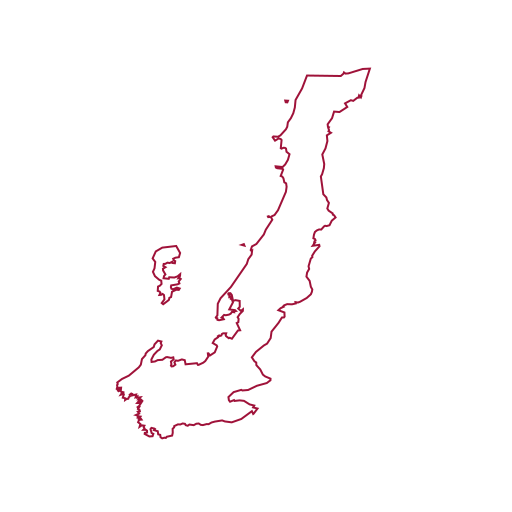 Tapanuli Tengah, Sumatera Utara, Indonesia (Equal Earth projection), rotated 65°
{"feature_id": "22746128B86210793324026", "entity_name": "Tapanuli Tengah", "entity_type": "district", "adm_level": 2, "iso_a3": "IDN", "parent_name": "Indonesia", "parent_adm1": "Sumatera Utara", "projection": "equal_earth", "projection_center": [98.833, 1.868], "detail": "fine", "context": "isolated", "style": "outline", "palette": "rose", "viewbox_px": 512, "rotation_deg": 65, "n_neighbors": 0, "source": "geoboundaries", "source_scale": "gbopen_adm2", "svg_char_len": 6154}
<svg xmlns="http://www.w3.org/2000/svg" viewBox="0 0 512 512"><g transform="rotate(65 256 256)"><path d="M114.0,133.5L123.6,143.4L131.3,154.2L137.9,158.1L142.4,161.9L145.8,166.1L148.3,170.6L152.1,173.1L153.8,175.3L157.0,182.9L157.2,185.7L155.0,189.7L155.4,190.7L159.5,190.0L159.0,185.7L160.6,184.1L161.7,183.8L168.8,188.0L169.5,187.5L169.5,185.4L170.2,184.1L171.3,183.4L174.4,184.3L177.9,182.6L182.3,186.4L185.4,190.9L186.6,194.3L183.0,200.3L184.2,200.6L185.4,199.7L188.3,195.0L189.2,194.9L193.9,199.8L195.2,198.6L197.2,198.3L201.2,199.2L202.9,198.0L206.2,199.0L210.5,201.8L223.8,216.7L226.7,221.9L226.7,225.2L227.4,226.0L230.0,225.9L236.3,236.0L239.8,239.8L245.3,250.6L245.6,255.6L248.4,258.3L249.5,258.0L249.4,257.2L252.9,259.4L255.6,264.3L259.3,267.7L273.5,291.9L279.3,306.0L283.1,310.8L293.5,316.1L294.7,318.4L295.7,318.3L296.1,317.4L297.6,317.9L298.6,316.6L299.7,311.9L298.1,312.1L297.2,313.1L295.9,309.8L296.9,308.5L297.7,305.3L297.6,303.3L296.5,301.4L297.7,299.6L296.7,299.4L297.3,297.5L296.2,297.9L293.1,302.8L288.3,296.5L285.5,296.2L284.1,297.0L283.1,295.4L282.1,295.5L281.9,297.5L280.0,296.5L279.3,297.3L278.5,297.1L278.2,296.3L278.9,294.9L281.1,294.4L287.0,295.8L287.3,293.3L289.8,289.8L295.2,292.2L296.1,294.3L299.4,292.9L298.8,290.4L300.2,291.1L301.7,295.2L303.7,298.5L305.6,298.3L308.5,300.0L308.6,301.8L316.6,301.8L315.9,303.9L320.8,312.8L319.0,314.4L319.0,315.4L316.0,317.0L314.8,316.9L313.5,315.7L312.2,318.4L312.3,319.9L313.4,321.0L313.2,322.7L312.4,323.0L312.6,324.5L313.6,324.7L314.2,328.7L316.6,332.0L320.4,329.4L321.6,329.4L325.9,334.1L326.7,339.7L324.1,340.2L323.9,340.8L327.0,341.8L329.8,346.4L330.4,348.9L330.4,354.1L330.1,354.7L328.2,354.8L324.4,365.6L320.3,364.6L318.4,366.9L318.0,371.0L316.8,372.8L317.9,374.9L320.4,375.0L320.9,377.7L320.4,379.2L319.3,379.4L318.4,378.4L315.7,377.7L314.9,374.3L312.9,373.8L312.4,376.1L310.0,379.3L309.7,380.6L310.5,384.7L308.8,389.1L308.9,392.1L307.9,395.4L305.6,394.6L302.3,390.3L300.4,385.5L300.0,382.7L297.1,379.1L294.7,379.2L293.5,377.9L291.3,380.6L293.2,385.3L295.3,387.2L296.5,394.2L297.8,397.2L299.2,398.2L301.2,402.9L305.8,406.3L307.4,409.3L310.7,421.8L310.8,429.4L312.0,435.2L313.6,435.4L314.3,436.5L315.9,436.9L317.6,438.4L318.3,437.9L317.6,435.7L318.3,433.9L319.8,434.8L318.9,436.6L319.7,438.0L320.5,437.6L320.4,435.5L322.0,435.6L323.5,433.7L324.2,434.1L323.7,435.8L324.6,437.2L324.8,435.5L325.7,434.4L328.1,436.6L329.7,434.6L331.2,435.5L330.9,433.8L331.4,432.1L330.3,431.1L329.8,429.4L328.4,429.2L327.9,427.2L328.8,426.4L330.0,427.3L330.9,423.1L333.1,424.8L333.1,422.8L334.2,423.6L335.2,420.5L336.3,423.2L337.5,420.9L338.3,420.6L337.9,423.3L339.0,425.8L339.7,424.4L339.4,422.3L339.9,421.1L342.5,425.3L343.1,428.0L343.7,425.9L344.9,427.6L346.4,426.6L347.7,426.9L347.2,428.9L349.4,428.5L349.4,432.0L350.6,430.6L352.1,431.4L352.0,429.7L352.7,428.6L353.8,430.7L354.7,429.1L355.9,428.9L355.1,431.2L356.8,433.1L359.4,431.8L361.6,433.7L361.2,431.0L362.6,428.9L363.4,430.1L365.2,429.9L365.9,431.6L367.0,429.3L368.2,428.6L369.9,429.3L369.3,431.5L370.2,432.1L374.5,428.9L375.6,425.9L373.8,424.2L372.4,425.4L368.3,424.8L367.6,423.4L369.5,421.0L370.0,420.7L370.7,422.0L373.3,419.1L376.3,420.0L377.6,418.4L379.9,419.1L381.6,418.1L382.0,415.7L382.8,414.6L382.1,413.3L383.3,407.9L381.1,406.2L377.4,404.6L376.7,402.6L375.6,402.0L375.6,397.9L376.7,395.8L376.8,393.2L378.1,391.3L379.6,391.2L381.0,389.6L380.6,387.6L383.0,383.9L382.8,381.0L383.6,378.7L385.7,377.4L386.8,375.6L387.5,371.7L388.4,370.0L388.1,366.7L388.7,363.2L390.7,356.2L392.8,354.1L396.5,348.3L397.5,338.2L394.9,325.3L398.0,325.3L397.9,324.8L394.9,319.1L392.0,322.6L390.8,320.8L387.8,324.5L382.2,328.1L379.9,331.9L378.3,336.7L377.3,336.8L377.1,341.1L375.2,341.5L372.2,340.6L369.9,333.8L371.1,325.9L372.1,325.2L374.1,319.8L374.0,310.0L375.7,299.9L374.7,295.4L373.3,294.7L369.0,298.6L366.4,299.9L360.6,300.1L355.1,301.8L352.6,300.8L350.8,301.9L346.1,302.6L342.9,296.6L340.4,286.6L340.1,283.0L336.6,277.4L331.1,273.9L326.1,263.8L322.7,258.5L323.5,256.6L323.0,255.7L319.2,254.1L314.6,258.6L313.7,255.7L313.7,252.8L313.3,253.1L312.6,251.4L312.8,248.1L315.0,243.8L315.8,240.0L314.5,239.7L315.9,237.7L316.1,235.5L315.5,227.8L313.9,222.5L312.1,220.5L310.1,219.1L307.1,219.3L301.2,217.9L296.0,219.0L292.6,216.7L290.2,213.3L287.5,212.7L281.5,207.4L280.9,205.4L279.5,205.0L276.7,200.7L274.0,194.3L272.6,194.0L270.7,200.3L269.0,197.3L268.8,197.9L267.4,196.8L266.9,195.4L265.6,195.4L264.2,196.5L261.1,194.4L259.1,192.4L258.5,189.9L258.6,187.6L259.6,185.7L257.9,181.8L257.8,180.6L258.7,179.4L259.2,176.4L256.0,172.4L254.7,167.6L252.1,168.0L251.0,168.9L249.8,168.5L245.6,171.0L243.1,171.3L238.7,167.5L235.3,168.0L232.7,167.5L228.5,168.9L211.3,163.6L209.9,161.6L205.1,157.4L201.5,155.3L192.0,153.0L187.9,147.6L182.0,142.7L176.6,140.8L176.0,136.0L173.6,137.6L172.8,136.6L170.6,136.4L170.1,135.5L169.3,136.2L166.9,135.4L163.2,128.8L158.1,124.2L160.8,119.5L159.5,110.3L155.3,110.8L154.9,104.2L156.5,102.3L155.4,97.4L155.8,96.2L154.0,94.7L156.6,93.9L155.0,92.3L155.4,93.4L154.8,93.0L149.6,86.7L144.6,83.2L134.3,73.6L131.6,80.2L129.5,95.2L128.5,97.8L126.8,98.7L127.7,99.6L128.7,103.1L114.0,133.5ZM223.5,329.7L224.5,326.4L221.2,323.5L213.2,324.1L208.8,337.4L209.5,344.9L214.5,350.7L218.8,349.8L224.3,353.2L226.8,356.1L231.6,356.1L236.6,353.8L238.3,352.3L241.4,353.4L242.3,355.7L242.3,357.7L246.1,359.8L247.5,358.4L249.0,358.2L250.5,360.0L251.1,358.4L250.9,356.7L252.5,355.9L256.6,357.3L258.8,361.3L260.5,360.5L259.3,354.8L258.9,353.4L257.3,352.2L257.3,350.3L252.9,347.2L252.9,342.4L254.1,340.3L253.2,338.9L251.2,341.1L251.1,345.3L249.9,346.5L248.2,346.3L246.8,345.3L248.5,339.1L248.5,337.0L246.4,336.8L245.0,333.9L243.8,334.5L243.4,335.7L242.0,333.3L240.4,332.4L241.3,335.7L241.0,339.1L238.6,343.6L239.8,344.7L237.1,349.2L235.3,347.8L234.4,345.9L229.9,346.3L228.2,345.7L227.9,342.8L225.8,344.2L224.2,343.0L224.8,341.5L224.6,339.1L225.9,337.2L225.8,334.3L227.0,334.7L228.3,332.6L226.5,331.4L225.5,332.2L223.5,332.2L223.5,329.7ZM129.2,164.1L130.0,162.7L128.8,161.4L127.5,163.8L129.2,164.1ZM241.7,262.1L240.1,262.0L239.9,264.2L241.7,262.1ZM225.9,228.5L226.5,227.0L225.3,227.6L225.2,228.5L225.9,228.5Z" fill="none" stroke="#9f1239" stroke-width="2"/></g></svg>